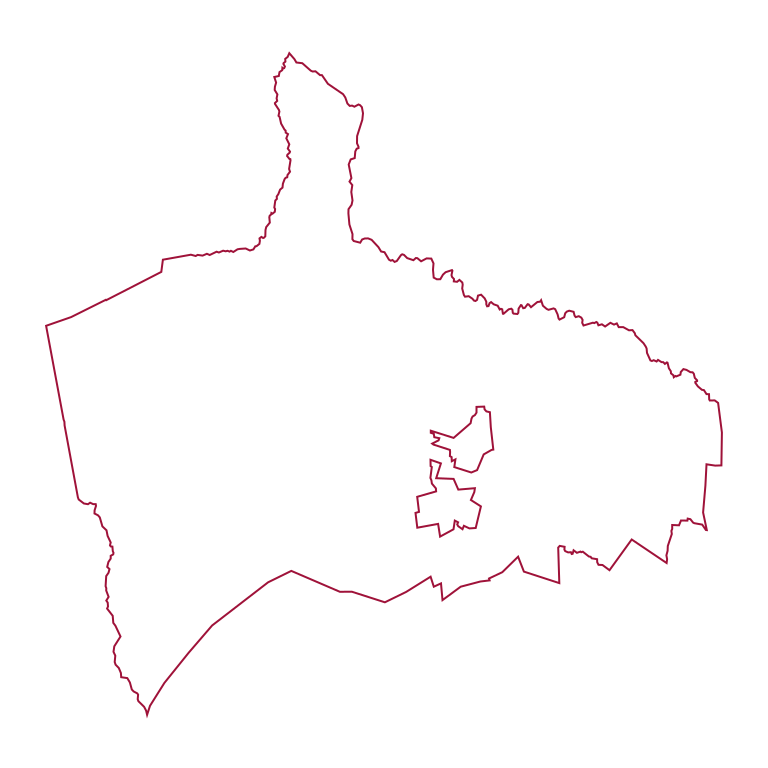 Kwekwe, Midlands, Zimbabwe
{"feature_id": "62879985B25079588336993", "entity_name": "Kwekwe", "entity_type": "district", "adm_level": 2, "iso_a3": "ZWE", "parent_name": "Zimbabwe", "parent_adm1": "Midlands", "projection": "equal_earth", "projection_center": [29.733, -18.821], "detail": "fine", "context": "isolated", "style": "outline", "palette": "rose", "viewbox_px": 768, "rotation_deg": 0, "n_neighbors": 0, "source": "geoboundaries", "source_scale": "gbopen_adm2", "svg_char_len": 6070}
<svg xmlns="http://www.w3.org/2000/svg" viewBox="0 0 768 768"><path d="M147.1,714.8L150.0,705.8L164.4,682.9L188.7,652.7L212.1,625.5L268.1,582.3L291.3,570.9L339.9,591.8L351.8,591.7L384.9,602.3L406.2,591.9L430.6,576.7L433.8,586.7L441.0,583.4L442.5,600.1L460.7,586.7L480.4,581.5L489.6,580.4L489.0,578.5L502.3,572.2L518.1,556.7L523.9,571.6L559.3,583.1L558.2,547.6L559.7,545.9L564.6,546.8L564.4,549.6L565.2,551.1L568.1,552.4L570.9,552.2L571.7,554.0L572.6,553.8L573.6,550.3L576.9,552.8L580.5,551.6L581.2,552.2L582.8,551.7L588.9,556.5L590.6,556.8L591.7,558.3L597.1,559.2L597.2,562.2L598.5,564.8L602.5,565.0L609.5,570.2L631.7,539.5L666.6,563.0L667.1,559.2L666.4,555.3L667.6,550.8L667.8,546.0L671.8,534.0L671.4,530.9L672.2,528.9L672.2,525.0L679.0,525.3L681.0,520.5L687.4,520.6L687.7,518.6L690.4,519.2L693.1,522.6L694.3,523.2L702.2,524.6L705.9,530.0L706.8,530.1L703.1,512.5L705.4,485.7L706.5,464.3L715.2,465.6L721.4,465.4L721.9,432.5L718.1,402.9L714.7,400.4L709.8,400.5L709.2,399.4L709.0,394.2L706.5,394.1L703.9,390.1L701.9,389.8L697.9,386.4L695.3,382.8L695.3,381.9L697.1,381.1L697.1,380.3L694.8,377.9L693.8,373.7L692.6,372.3L690.4,372.2L686.5,369.9L683.4,369.1L680.8,372.0L680.4,374.7L676.3,376.4L675.4,376.0L673.8,377.2L673.4,375.3L671.0,373.4L670.8,371.2L668.9,368.3L667.5,362.7L666.9,362.4L664.9,363.9L663.3,362.2L661.5,362.1L658.0,359.9L656.6,361.5L653.7,360.2L651.9,361.0L650.4,360.4L647.0,352.9L646.6,348.5L645.8,346.7L643.5,343.2L635.4,335.3L634.8,333.2L632.5,330.1L629.0,330.3L623.2,327.1L618.7,327.1L616.8,323.4L614.0,324.6L610.4,322.8L605.1,326.5L601.9,324.3L598.4,325.3L597.3,322.6L596.3,322.0L594.3,323.1L592.9,322.7L583.5,325.5L582.2,322.8L582.6,319.9L581.3,317.6L578.8,316.2L575.7,317.1L574.6,315.7L573.6,311.8L569.2,310.7L566.8,311.6L565.2,313.3L564.2,317.2L559.5,319.6L558.6,318.5L557.6,314.4L555.2,309.2L553.6,308.4L548.5,309.8L546.6,308.9L542.9,305.7L541.1,300.2L540.1,301.7L537.4,302.0L531.0,307.2L528.6,304.4L527.6,304.2L524.8,307.9L523.2,308.2L521.5,305.2L520.9,305.1L518.6,308.6L518.3,312.8L517.4,314.0L513.5,313.6L512.8,312.8L512.4,309.7L511.3,308.7L508.7,309.3L503.5,313.8L502.9,313.7L502.2,309.3L500.9,308.8L499.7,309.5L497.7,305.7L493.7,304.3L491.1,302.1L489.6,303.1L488.5,306.1L487.1,306.3L486.3,304.3L486.3,301.7L484.7,298.4L481.1,294.7L478.0,295.6L477.1,299.8L475.5,301.0L474.0,300.6L472.4,298.7L468.7,296.2L465.0,296.7L463.9,295.0L462.2,288.5L462.7,284.7L462.3,282.5L459.4,279.9L457.1,281.8L453.8,281.4L454.0,279.0L452.0,276.9L451.5,275.1L452.4,270.7L452.0,270.1L445.6,272.2L443.0,274.6L440.3,279.2L436.9,279.3L433.7,277.6L433.0,269.8L433.5,263.4L431.3,258.6L426.6,258.4L421.1,261.3L417.4,258.2L415.9,258.0L413.4,260.2L407.2,258.1L404.0,254.9L402.2,254.3L401.0,255.1L396.8,261.0L394.6,261.9L392.5,260.0L390.8,260.7L389.0,259.7L384.5,252.2L381.1,251.5L378.4,247.1L371.6,239.8L368.1,238.4L364.7,238.5L362.1,239.5L360.2,242.7L353.7,241.0L352.4,239.2L352.5,234.1L349.4,224.5L348.4,213.4L348.5,209.2L351.6,204.8L352.5,200.5L351.3,192.0L352.3,185.1L349.5,181.6L351.4,178.1L348.7,164.5L350.7,159.4L354.7,158.1L355.3,151.4L356.7,148.7L358.5,148.1L358.5,146.7L357.0,143.3L357.1,136.1L362.3,119.8L363.0,113.3L361.9,107.2L360.1,105.2L358.5,104.5L354.4,106.7L352.1,105.6L349.7,105.9L347.4,103.5L345.3,97.5L343.1,94.2L327.9,83.8L321.9,75.1L320.0,75.1L315.5,71.3L312.6,71.5L310.8,70.7L302.3,63.2L296.4,62.5L294.4,59.1L289.3,53.2L287.7,56.9L285.2,58.9L285.4,61.6L283.6,63.1L283.4,63.9L284.9,66.5L284.2,68.1L283.1,68.6L282.4,67.9L282.2,70.2L279.5,72.1L278.8,76.0L274.3,77.0L276.1,82.6L274.9,86.8L274.7,90.0L277.4,94.4L276.6,98.3L277.2,100.9L274.9,103.1L275.0,103.9L278.9,109.9L279.4,111.6L278.5,115.8L279.6,116.9L281.1,123.6L284.5,129.6L285.6,130.6L285.7,132.6L288.0,134.1L286.3,138.3L289.3,144.3L287.8,148.6L290.0,151.6L289.7,152.6L287.4,154.7L287.1,156.0L289.5,159.0L290.3,159.1L290.5,160.3L289.1,169.0L290.0,171.7L287.5,175.0L287.2,177.3L285.6,177.8L284.6,179.1L282.9,183.7L282.5,187.6L280.1,189.6L278.3,194.2L276.7,196.5L276.9,198.9L275.3,200.5L274.3,207.5L275.1,209.0L274.8,211.8L272.5,213.7L271.4,213.0L271.1,214.5L269.7,215.7L269.3,217.2L269.8,222.6L266.2,227.1L265.5,230.0L265.3,236.3L264.0,237.7L263.1,238.0L261.4,236.9L259.5,238.4L259.9,240.8L259.4,243.9L256.5,246.2L255.3,246.3L253.4,249.4L249.9,250.5L245.7,248.5L239.8,248.9L237.5,249.3L233.3,252.0L230.9,250.8L229.6,251.6L227.5,250.8L225.7,251.3L223.1,250.7L218.9,252.5L216.6,251.7L209.7,255.0L206.9,253.8L202.6,255.6L197.6,254.9L195.7,256.0L190.9,254.7L162.9,259.7L161.3,271.9L106.2,300.2L105.8,299.8L71.1,317.1L46.1,325.8L63.6,419.6L64.4,421.7L64.6,425.5L77.9,497.4L78.7,499.5L83.9,503.5L88.0,504.2L90.1,502.7L93.1,504.1L95.7,504.1L96.0,505.9L94.6,510.3L94.5,513.5L98.0,515.3L99.8,517.4L102.4,526.4L106.5,530.3L107.6,535.9L110.7,542.5L110.0,545.3L110.7,546.4L112.4,546.6L112.8,551.2L113.5,552.8L113.2,554.4L110.7,555.8L110.7,558.6L108.4,562.0L107.2,566.9L109.5,569.1L108.5,572.8L106.2,576.1L105.6,586.2L106.3,588.2L106.2,590.5L108.6,596.9L106.3,600.6L107.7,602.6L108.0,606.5L107.1,608.6L112.7,615.8L113.3,622.9L115.4,625.7L120.5,636.5L114.3,646.3L113.5,651.8L115.3,655.7L114.7,662.0L115.6,664.7L118.8,668.0L120.9,673.0L121.2,677.2L127.3,678.1L129.9,682.5L131.8,689.5L133.7,691.5L137.3,693.4L138.1,694.7L137.7,699.2L138.4,701.2L144.1,706.8L146.1,710.6L147.1,714.8ZM440.9,463.4L436.2,478.2L453.6,478.9L458.3,489.6L474.9,488.2L474.3,492.1L470.9,500.0L480.9,506.4L475.7,528.0L469.4,528.4L463.9,525.8L462.5,529.2L458.2,526.2L457.2,524.4L458.1,522.3L454.8,520.6L453.5,529.3L440.1,536.6L438.1,523.9L417.3,527.7L415.5,512.9L419.0,511.9L417.2,496.8L436.1,491.4L435.9,488.4L431.9,483.6L431.4,480.3L430.4,477.9L431.8,467.0L430.6,466.1L430.5,459.8L440.9,463.4ZM476.5,406.9L484.2,406.6L484.6,409.4L486.4,411.4L489.9,412.2L490.8,427.2L493.3,449.6L491.6,449.9L483.7,454.4L477.1,470.1L471.3,472.5L454.3,467.1L455.4,459.4L451.8,461.2L451.6,457.1L449.9,456.1L450.1,451.9L449.9,449.9L433.5,444.6L432.2,443.6L438.6,440.3L439.3,438.2L434.3,437.2L433.8,433.8L430.8,432.8L430.8,430.7L453.6,437.9L470.6,423.2L471.5,418.6L472.6,416.5L474.9,415.1L476.5,412.6L476.5,406.9Z" fill="none" stroke="#9f1239" stroke-width="2"/></svg>